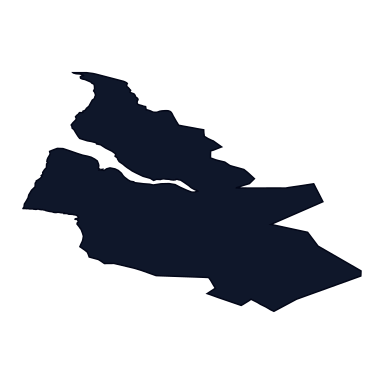 Kåfjord nor 2, Troms, Norway
{"feature_id": "86288312B7453580545213", "entity_name": "Kåfjord nor 2", "entity_type": "district", "adm_level": 2, "iso_a3": "NOR", "parent_name": "Norway", "parent_adm1": "Troms", "projection": "natural_earth1", "projection_center": [20.51, 69.497], "detail": "fine", "context": "isolated", "style": "filled", "palette": "ink", "viewbox_px": 384, "rotation_deg": 0, "n_neighbors": 0, "source": "geoboundaries", "source_scale": "gbopen_adm2", "svg_char_len": 5593}
<svg xmlns="http://www.w3.org/2000/svg" viewBox="0 0 384 384"><path d="M73.0,72.7L73.1,72.8L73.5,73.0L73.8,73.1L74.0,73.2L74.6,73.3L75.2,73.5L76.1,73.7L76.5,73.6L76.8,73.8L77.3,73.8L79.9,74.0L81.2,74.3L82.1,74.5L82.3,74.7L82.7,74.9L83.4,75.3L83.5,75.4L83.5,75.6L83.3,75.6L83.1,75.8L82.6,75.6L82.3,75.6L81.4,76.1L80.3,76.9L80.6,78.2L82.3,79.0L84.9,79.5L90.8,82.0L91.9,83.2L93.9,84.1L94.4,85.8L94.6,88.8L93.6,90.9L94.7,92.3L95.6,95.2L94.9,96.7L94.3,98.7L92.3,100.1L91.7,101.2L88.9,106.3L86.5,108.3L85.3,110.2L82.9,111.3L83.2,112.2L82.5,112.6L79.5,112.6L78.1,114.4L76.8,115.3L75.5,116.8L76.3,118.5L75.8,119.9L72.9,122.8L71.2,125.0L71.9,126.3L72.2,128.2L73.8,129.4L75.9,132.9L78.0,136.2L79.7,138.4L87.3,140.8L91.4,141.5L96.0,142.7L96.5,143.1L96.3,143.1L96.2,143.1L96.3,143.3L96.7,143.3L96.7,143.5L96.9,143.8L97.0,143.7L96.8,143.5L97.1,143.5L97.8,143.9L97.5,144.1L97.9,144.2L98.2,144.2L98.7,144.4L100.5,144.7L105.6,148.0L112.0,151.2L115.7,153.9L115.1,156.3L117.2,157.7L117.7,159.2L119.2,161.6L123.0,164.2L125.1,166.0L127.5,167.8L129.7,169.2L132.1,170.9L136.4,173.1L143.1,176.3L150.3,178.3L153.6,180.4L156.5,179.3L160.4,179.5L161.6,179.1L163.5,178.8L165.8,179.1L169.4,179.3L170.7,179.7L173.5,180.0L175.4,179.8L175.9,179.3L177.8,179.4L179.1,179.9L180.4,180.0L183.7,182.1L188.9,185.7L190.5,187.1L191.4,187.8L194.5,189.5L197.6,190.8L197.8,191.1L194.3,192.2L191.6,192.1L186.9,190.3L180.0,187.2L175.1,184.6L169.1,183.6L161.1,183.8L153.2,185.0L149.6,184.2L143.8,183.8L134.8,182.7L133.7,181.8L130.6,181.3L128.3,180.1L124.5,177.2L123.0,175.6L121.4,173.2L118.3,170.5L115.0,168.9L110.0,167.9L106.7,168.8L104.1,170.5L102.4,170.2L102.8,169.3L101.7,169.4L100.8,170.1L99.1,170.0L99.7,169.1L98.4,168.5L98.8,165.7L98.5,164.1L97.3,161.0L94.7,159.1L91.1,157.2L87.5,156.2L82.7,155.2L77.7,153.6L70.2,151.0L63.0,148.6L57.3,148.4L53.0,150.0L49.6,151.4L50.2,154.0L49.3,155.6L47.8,158.1L47.1,160.0L46.9,161.6L47.8,162.7L46.6,163.9L46.4,167.8L44.6,169.5L43.6,171.1L42.7,172.4L42.9,174.1L41.2,175.7L41.9,176.7L40.2,178.4L37.9,180.0L36.3,180.9L36.3,181.5L35.2,183.2L35.2,184.6L35.1,186.8L31.5,190.3L30.0,192.9L28.8,194.9L28.1,197.8L26.2,201.2L24.4,204.0L24.0,207.1L23.0,208.4L23.0,208.5L23.8,208.6L24.9,208.5L26.7,208.7L27.5,208.6L28.4,208.7L28.9,208.7L29.5,208.9L29.8,208.9L31.2,208.9L31.6,208.9L32.3,208.8L32.7,208.9L33.2,209.1L34.5,209.2L35.0,209.3L35.7,209.3L35.9,209.4L36.5,209.3L37.4,209.1L38.0,209.0L38.7,209.1L39.1,209.3L41.4,209.7L42.0,209.6L42.6,209.5L43.0,209.8L43.5,209.9L43.9,209.9L44.2,209.9L45.2,210.3L45.6,210.5L47.1,210.9L49.9,211.5L51.7,211.7L52.5,211.9L53.6,212.3L54.9,212.5L56.4,212.5L57.4,212.3L57.9,212.3L58.7,212.3L59.3,212.4L60.2,212.6L60.8,212.7L63.2,212.9L63.4,212.8L63.6,212.8L63.8,212.8L64.1,212.8L64.0,213.1L63.9,213.3L63.9,213.5L66.1,213.5L67.4,213.6L67.7,213.7L68.1,214.0L68.8,214.2L71.5,214.3L72.8,214.4L73.8,214.7L74.7,214.8L75.6,215.0L76.1,215.1L76.8,215.4L77.1,215.7L77.5,216.0L78.0,216.5L78.3,217.0L78.6,217.2L78.7,217.5L78.5,217.8L78.0,218.0L77.6,218.1L77.4,218.2L77.3,218.3L77.0,218.5L76.7,218.6L75.7,218.7L75.2,218.9L75.1,219.1L75.1,219.3L76.2,219.4L76.9,219.5L77.6,219.7L77.7,219.9L77.8,220.0L77.7,220.1L77.8,220.5L78.3,221.1L78.2,221.3L78.6,221.8L78.4,222.2L78.2,222.3L77.5,222.6L77.3,222.8L77.3,223.1L77.3,223.3L77.2,223.5L77.0,223.9L77.1,224.2L77.3,224.3L77.5,224.6L77.7,224.9L78.0,225.2L78.2,225.5L78.5,225.9L79.0,226.4L79.1,226.5L79.2,226.8L80.0,227.8L80.1,228.0L80.2,228.4L80.4,228.6L80.9,229.0L81.5,230.4L82.5,233.1L83.4,236.1L83.3,236.8L82.8,239.7L82.5,240.8L82.2,241.6L80.9,244.3L79.9,246.7L84.7,250.0L87.3,252.1L88.3,254.4L89.2,257.0L98.4,259.5L101.1,261.2L104.4,263.5L114.0,263.4L133.5,268.0L135.7,268.6L141.5,270.4L156.1,275.6L201.8,277.2L208.6,277.5L210.6,280.2L213.4,285.0L215.4,288.2L207.2,293.6L210.2,294.6L218.2,297.5L241.2,305.4L243.0,304.4L245.9,302.6L249.0,300.7L251.0,299.2L257.4,302.4L260.3,304.2L265.8,306.9L268.9,308.7L270.7,309.8L273.9,311.3L296.5,299.2L360.8,276.0L360.9,274.0L361.0,270.9L318.0,246.1L315.6,242.9L307.6,232.3L270.9,224.4L322.9,201.7L318.3,192.7L317.0,190.2L315.9,188.1L314.4,185.1L313.7,183.8L302.7,185.5L298.6,186.1L288.9,187.5L285.6,188.1L277.3,188.0L269.5,188.0L262.8,188.1L252.0,188.1L248.8,188.1L244.2,188.0L240.0,188.0L235.6,187.9L237.5,187.4L244.0,185.2L249.4,183.6L254.4,178.7L253.1,177.5L249.3,174.0L247.4,172.3L243.9,169.5L237.5,167.7L232.7,166.4L229.8,165.5L224.8,162.1L217.7,160.4L215.6,159.8L212.4,158.6L210.5,158.0L210.5,154.7L210.6,151.7L210.6,150.9L213.4,150.1L217.2,148.6L221.6,146.9L213.2,140.9L212.3,140.6L208.0,138.6L205.6,137.1L204.3,136.4L204.1,134.8L203.9,133.4L203.8,132.5L203.7,129.8L197.2,128.7L194.7,128.2L183.1,126.1L178.6,125.2L177.5,123.3L176.4,121.6L173.7,116.9L172.9,115.5L172.4,114.3L171.3,112.5L170.8,112.0L170.4,111.7L169.8,111.3L169.2,111.1L168.3,110.8L167.2,110.7L164.8,110.7L162.0,110.9L161.2,111.0L159.6,111.3L157.8,112.0L156.6,112.3L155.6,112.3L154.7,112.3L153.9,112.2L153.0,112.1L152.1,111.7L150.7,111.0L149.3,110.5L147.3,109.9L146.3,109.8L146.0,108.9L145.8,108.0L145.7,107.2L145.6,106.6L144.4,106.4L143.5,106.2L141.9,105.6L138.9,104.8L137.8,104.3L137.4,103.6L137.1,103.1L137.1,102.6L137.3,101.1L137.2,100.6L138.0,99.9L138.0,99.4L137.8,98.8L137.3,98.1L136.7,97.7L135.7,97.0L135.5,96.6L135.0,95.2L134.1,94.0L133.3,93.6L131.5,93.0L130.2,92.3L129.9,91.9L130.0,91.5L130.1,91.2L130.6,90.6L130.6,90.3L130.3,89.9L129.9,89.6L129.5,89.2L129.3,88.8L128.9,88.4L128.7,88.1L128.0,87.4L127.0,86.7L126.8,86.3L126.7,85.9L126.8,84.4L127.0,84.0L127.3,83.7L127.1,83.3L126.6,82.8L125.3,82.1L123.7,81.4L111.9,78.3L95.7,74.1L92.9,73.5L86.7,72.7L78.7,72.7L73.0,72.7Z" fill="#0f172a" stroke="#020617" stroke-width="1.5"/></svg>